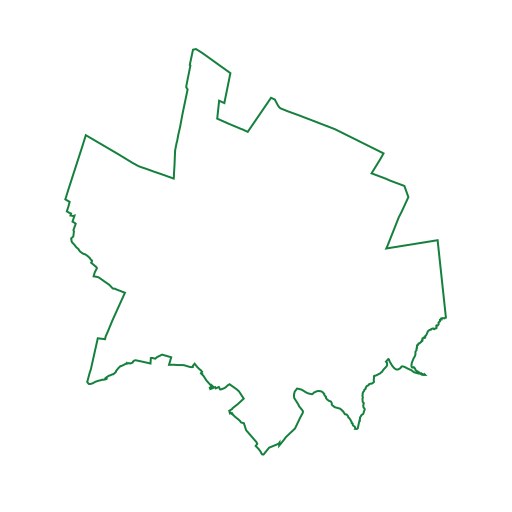 Villa Hidalgo, Zacatecas, Mexico, rotated 99°
{"feature_id": "50627088B19487455211640", "entity_name": "Villa Hidalgo", "entity_type": "district", "adm_level": 2, "iso_a3": "MEX", "parent_name": "Mexico", "parent_adm1": "Zacatecas", "projection": "robinson", "projection_center": [-101.681, 22.407], "detail": "fine", "context": "isolated", "style": "outline", "palette": "green", "viewbox_px": 512, "rotation_deg": 99, "n_neighbors": 0, "source": "geoboundaries", "source_scale": "gbopen_adm2", "svg_char_len": 6015}
<svg xmlns="http://www.w3.org/2000/svg" viewBox="0 0 512 512"><g transform="rotate(99 256 256)"><path d="M134.7,146.1L118.4,197.9L110.3,235.8L108.1,247.3L106.3,254.9L105.8,255.9L104.0,257.8L98.5,261.9L97.4,265.9L134.7,283.6L133.1,289.1L132.8,290.8L131.6,295.6L129.7,303.5L126.4,315.8L108.4,316.7L109.9,311.2L79.4,309.9L64.1,340.4L62.3,344.5L61.0,347.7L62.1,350.5L77.7,351.3L78.1,350.6L98.1,351.4L100.1,351.4L102.2,349.6L126.8,350.8L141.1,351.2L148.1,351.7L155.5,351.9L156.0,352.1L164.5,352.4L179.1,350.7L188.6,349.8L189.6,349.6L192.4,349.4L189.8,363.2L188.7,369.7L187.1,377.9L186.0,384.5L185.4,386.8L183.2,392.9L177.3,407.2L163.3,443.0L175.0,444.7L217.7,451.4L229.9,453.2L231.7,448.5L236.3,449.0L241.5,449.8L242.6,447.1L243.0,445.3L245.0,445.6L245.1,442.9L244.5,441.6L250.8,442.6L251.5,440.6L252.4,439.1L258.5,440.3L259.5,440.2L260.0,439.7L264.4,439.5L265.5,439.6L267.5,441.3L268.5,441.1L268.8,440.8L269.9,440.6L271.1,440.0L273.5,436.9L275.4,435.0L276.9,432.5L278.7,431.0L279.5,429.8L280.8,427.0L281.1,424.8L282.6,421.9L284.3,419.5L285.2,418.9L286.0,417.5L286.4,417.2L287.1,417.2L288.4,417.8L291.9,412.0L292.9,411.2L297.3,412.7L301.5,413.2L301.5,410.5L301.6,408.8L301.8,407.9L305.2,401.0L307.4,396.4L307.9,395.9L308.2,395.3L309.7,393.5L310.5,392.2L310.6,391.7L310.3,390.4L310.9,388.6L312.8,379.7L342.3,387.8L354.1,390.6L359.0,391.9L361.8,392.1L362.0,399.4L394.0,401.4L396.6,401.9L406.8,403.0L407.8,402.0L408.5,401.2L408.4,399.8L407.4,397.6L405.3,394.9L403.9,392.2L402.6,389.0L402.2,388.6L402.0,386.8L401.6,386.1L401.2,385.0L400.7,384.4L400.1,385.5L399.8,385.3L397.2,382.5L396.7,381.3L395.3,379.3L395.2,378.5L392.8,376.5L392.2,376.2L391.4,376.2L388.3,374.4L386.0,372.7L385.9,372.1L384.6,370.1L382.4,367.2L381.9,366.9L382.5,366.4L381.7,365.0L381.9,364.2L381.7,363.6L381.8,363.3L380.6,361.2L379.6,361.0L378.9,360.5L378.0,359.3L377.8,358.5L378.2,350.6L378.7,343.4L373.2,343.9L372.9,342.8L373.2,339.5L371.3,337.8L368.1,333.3L369.3,323.9L377.1,324.9L376.3,320.4L375.9,315.7L375.5,313.5L375.1,310.1L375.9,304.2L375.9,302.5L375.7,301.5L375.6,301.1L374.5,301.2L372.0,299.8L374.7,296.8L376.5,294.4L377.5,292.5L377.7,292.4L378.8,291.1L380.0,291.8L380.5,291.1L380.8,291.6L382.7,289.0L386.5,285.7L390.6,280.7L390.2,280.2L391.5,278.3L393.2,281.0L394.6,280.3L391.9,275.8L393.0,275.0L391.2,272.2L393.4,270.6L393.2,269.6L391.9,267.3L390.6,265.6L388.2,263.7L386.8,262.1L390.7,254.2L392.4,251.6L398.8,245.8L405.0,250.7L410.2,255.5L410.8,255.6L413.1,258.2L414.2,257.4L414.6,257.6L415.5,257.1L415.1,256.7L414.7,255.4L415.8,254.4L416.0,254.8L417.2,252.6L417.7,252.2L421.1,246.3L422.7,244.8L423.1,241.7L423.9,241.4L429.6,238.5L439.8,226.4L441.3,225.4L443.7,226.6L445.9,223.6L447.1,222.3L448.5,220.9L449.3,220.3L449.9,220.0L450.0,219.8L451.0,218.9L450.9,217.5L443.3,213.1L438.6,205.4L437.6,204.1L436.8,203.7L439.6,203.4L432.9,199.5L430.0,198.0L420.3,190.5L408.2,186.9L404.1,185.4L402.4,185.2L401.2,186.0L397.6,190.0L396.1,190.9L390.2,196.1L387.4,196.8L384.2,196.6L383.6,196.4L380.5,194.7L380.6,192.2L380.9,190.2L381.3,188.9L382.7,185.7L383.4,183.6L383.7,181.1L383.7,179.0L383.0,178.2L381.8,177.4L380.0,174.6L379.5,172.9L379.5,170.6L379.6,170.0L380.1,168.9L381.5,167.0L382.2,167.0L383.3,166.1L384.0,164.9L384.6,164.7L385.1,164.8L386.0,164.0L386.6,163.2L387.7,161.2L387.8,160.1L388.1,159.2L389.6,158.1L390.9,157.9L391.7,157.1L392.2,155.8L392.7,155.3L393.1,153.9L393.6,149.2L394.7,147.2L395.1,147.0L395.5,146.1L396.1,145.3L396.9,144.9L397.4,144.1L398.3,143.6L398.4,143.1L398.4,141.6L400.0,139.9L401.1,139.5L401.5,138.5L403.3,136.9L404.1,136.4L404.5,135.9L405.1,135.5L406.0,135.4L406.1,135.2L406.2,134.6L406.4,134.3L406.8,134.1L407.5,134.1L408.2,133.6L409.1,131.9L409.4,131.5L409.7,131.4L410.2,131.3L410.9,130.8L411.2,130.9L411.0,129.2L410.1,128.5L403.8,128.2L402.7,127.6L402.1,128.1L400.7,127.7L399.3,128.0L396.6,126.9L395.2,125.4L394.3,125.2L392.6,125.1L391.2,124.7L390.4,124.6L389.7,125.0L389.1,125.7L388.3,126.3L386.9,126.7L384.5,126.5L384.0,127.2L383.3,127.8L380.4,128.5L379.2,128.3L377.1,129.1L376.1,128.9L375.0,129.2L373.7,128.9L372.3,128.1L371.4,128.1L369.9,126.9L369.0,127.0L367.2,126.3L366.0,124.6L365.1,124.4L364.3,123.2L364.0,121.8L362.8,120.4L361.9,119.8L360.2,120.3L356.4,120.5L356.2,120.7L355.9,120.5L355.7,120.0L355.5,119.3L354.8,118.2L352.5,115.0L351.5,114.3L350.8,113.5L348.4,112.4L344.6,109.8L343.2,109.4L341.1,109.9L340.1,111.1L337.1,109.2L337.4,108.5L339.4,107.4L343.1,104.3L344.7,102.5L345.5,101.3L346.0,100.1L346.1,98.9L345.9,98.1L345.5,97.4L344.5,96.2L343.5,95.4L342.7,95.2L342.3,94.8L342.1,94.1L342.1,93.2L342.3,91.9L343.4,88.8L344.6,84.4L345.4,83.3L345.6,82.5L346.1,81.8L346.7,76.7L346.5,75.6L346.7,75.0L347.3,73.6L347.4,73.1L347.0,70.3L346.3,71.2L346.7,71.5L346.8,71.9L346.7,72.4L346.8,72.7L346.5,73.1L346.6,73.6L346.0,74.4L346.4,74.9L346.0,75.7L346.2,76.1L345.8,76.6L345.4,76.7L345.3,77.7L344.8,78.1L344.9,78.8L344.4,79.2L343.8,80.5L342.5,81.2L341.6,82.1L341.1,82.8L341.7,83.5L341.7,84.3L341.1,85.0L339.4,85.4L337.3,85.4L332.3,84.3L330.7,83.6L328.4,83.1L326.0,83.5L325.1,83.4L324.1,82.8L322.8,82.8L322.4,83.0L321.8,82.9L321.6,82.6L321.0,82.6L320.8,82.6L320.4,82.9L319.4,83.0L318.9,82.9L318.4,82.0L318.2,82.0L317.4,81.7L317.4,81.9L316.9,81.7L316.5,80.6L315.3,79.8L315.2,79.5L314.2,79.2L314.2,78.8L313.9,78.5L313.7,78.6L313.5,78.9L313.2,78.9L312.9,78.5L312.7,78.3L311.9,78.7L311.4,78.7L310.8,78.0L310.6,76.9L310.3,76.3L309.9,76.2L309.5,76.8L309.4,76.9L309.0,76.7L308.4,76.0L307.0,75.3L303.6,74.5L302.9,74.0L301.9,73.0L301.5,71.9L301.2,71.5L300.8,71.5L300.3,70.8L299.8,69.5L299.9,69.2L300.3,68.9L300.4,68.4L299.8,67.9L299.2,66.9L299.1,66.5L298.6,66.4L297.3,66.9L296.7,67.0L296.2,66.8L296.2,66.7L296.4,66.6L296.5,66.1L296.0,65.5L295.5,65.2L294.5,64.9L293.6,65.3L293.3,65.3L292.8,65.1L291.8,64.1L290.3,64.3L289.7,62.7L289.4,62.7L289.3,63.3L289.0,63.5L288.7,63.4L288.1,61.8L288.1,60.0L287.3,59.4L287.1,58.8L212.0,79.1L228.2,128.5L224.9,127.6L195.3,121.0L189.9,119.2L174.0,114.7L163.6,120.4L161.6,130.3L160.5,135.6L159.4,139.6L156.3,154.8L140.9,148.4L134.7,146.1Z" fill="none" stroke="#15803d" stroke-width="2"/></g></svg>